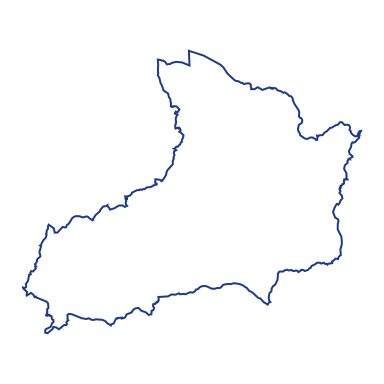 Vrancioaia, Vrancea, Romania (orthographic projection)
{"feature_id": "2599482B95267068995813", "entity_name": "Vrancioaia", "entity_type": "district", "adm_level": 2, "iso_a3": "ROU", "parent_name": "Romania", "parent_adm1": "Vrancea", "projection": "orthographic", "projection_center": [26.711, 45.867], "detail": "fine", "context": "isolated", "style": "outline", "palette": "blue", "viewbox_px": 384, "rotation_deg": 0, "n_neighbors": 0, "source": "geoboundaries", "source_scale": "gbopen_adm2", "svg_char_len": 5943}
<svg xmlns="http://www.w3.org/2000/svg" viewBox="0 0 384 384"><path d="M267.7,304.6L269.0,302.4L270.3,302.0L269.2,300.4L268.8,299.0L268.9,295.8L269.6,292.9L271.5,291.2L271.6,288.6L273.3,285.8L274.6,285.3L275.5,284.0L277.5,279.9L278.0,273.6L279.3,271.6L283.1,271.5L284.8,270.3L287.1,269.7L288.5,270.4L291.6,270.0L292.1,270.6L294.1,271.1L296.0,270.5L297.6,270.9L298.4,272.1L300.5,270.8L301.3,269.8L303.4,270.0L304.8,271.0L307.9,270.0L309.6,268.1L310.8,267.7L311.5,266.0L315.1,264.3L317.1,262.7L320.1,262.8L321.3,263.6L323.8,262.7L325.0,263.9L326.5,263.8L327.4,264.7L328.2,263.7L332.2,263.2L332.4,262.7L331.9,261.9L332.3,261.2L334.1,260.2L335.4,258.6L338.1,259.0L338.2,257.9L339.2,256.3L340.8,255.1L340.4,249.2L341.6,245.2L341.9,242.1L341.4,236.8L337.7,229.3L337.8,223.8L338.5,221.4L338.1,219.3L335.2,217.6L333.0,212.1L334.5,207.9L336.6,204.1L337.6,203.9L338.4,204.6L339.9,202.5L340.2,201.0L342.5,198.3L342.0,196.9L342.0,195.9L339.5,192.9L340.5,191.2L339.4,189.1L340.4,188.4L339.9,187.3L341.0,186.9L340.7,185.7L342.0,185.3L342.4,184.1L343.4,184.1L344.0,183.4L343.9,180.7L344.4,180.5L344.3,179.4L347.3,179.4L346.2,178.1L346.7,176.0L346.3,174.9L346.5,173.3L344.1,169.0L344.8,165.4L347.6,162.8L347.4,161.2L348.6,159.3L349.3,159.3L348.8,158.9L352.6,156.9L352.5,156.2L349.5,153.7L349.0,150.9L351.0,147.1L351.5,143.8L352.5,142.3L353.6,142.7L355.4,141.8L359.2,137.6L359.0,137.0L359.6,135.3L359.2,134.4L361.0,130.9L359.9,131.0L358.8,132.1L357.2,136.2L355.5,136.4L352.9,134.9L350.9,132.7L350.8,131.2L349.5,130.0L350.1,127.4L349.1,125.2L347.5,124.7L344.5,125.0L341.9,122.2L339.9,122.2L338.2,124.5L335.6,125.3L331.7,127.7L330.0,127.9L327.1,131.0L324.3,132.8L322.6,135.1L319.3,135.3L318.5,136.1L317.1,135.7L317.5,137.4L317.0,140.0L316.3,140.1L314.7,138.6L312.5,137.5L310.6,137.4L307.1,139.0L304.8,138.5L300.2,135.3L299.6,133.0L298.2,130.7L298.0,129.0L298.9,124.8L301.7,123.0L302.3,121.1L302.1,119.7L301.3,118.2L299.9,117.8L299.0,116.5L299.2,112.1L298.7,110.4L294.3,103.6L293.0,100.6L292.6,98.1L291.2,96.4L289.0,95.8L287.7,94.2L284.7,92.3L283.3,92.8L280.6,91.1L277.7,90.4L275.8,88.4L274.6,88.0L273.5,88.5L272.7,88.0L272.1,88.7L271.4,87.9L270.7,88.3L269.6,87.4L262.4,89.9L257.7,87.2L254.6,89.2L251.1,89.1L251.4,87.9L250.7,86.5L250.8,84.7L250.1,83.9L248.4,83.2L243.8,84.0L242.2,82.7L241.1,82.9L238.1,81.1L236.3,81.1L234.6,80.2L227.5,73.6L223.5,67.6L220.4,64.7L203.7,55.6L188.9,50.8L189.5,65.5L181.9,62.4L175.8,61.9L172.3,62.8L170.0,64.0L166.8,64.3L165.6,62.3L163.2,60.6L161.7,60.7L160.4,59.9L157.8,59.6L158.2,64.7L157.9,70.1L158.2,73.8L157.8,75.2L159.4,78.0L160.6,83.2L161.9,85.4L163.6,90.5L168.0,93.4L169.0,97.2L170.4,99.4L170.5,101.7L171.0,103.0L170.8,106.3L172.0,107.0L172.7,106.4L173.3,106.9L174.1,106.1L176.7,106.5L179.4,109.5L177.5,112.4L175.7,111.6L174.8,113.5L177.5,114.8L176.2,116.8L175.8,118.8L175.7,120.2L176.3,121.9L175.7,123.2L175.9,123.9L175.2,125.1L175.3,128.1L175.6,128.6L177.5,127.8L178.5,128.5L179.0,127.7L179.8,128.3L179.8,128.9L180.6,130.0L179.3,131.8L180.7,132.4L183.5,135.3L183.2,137.1L181.8,140.4L181.9,141.9L180.7,142.6L180.1,144.6L178.9,145.3L177.8,146.8L176.9,146.6L175.7,147.2L175.3,148.6L174.2,148.7L176.2,150.2L174.2,151.2L173.8,153.1L174.5,154.9L173.5,157.4L173.8,158.8L172.7,161.0L172.9,163.3L172.6,164.5L167.5,170.1L166.5,172.3L166.0,175.1L162.4,180.7L161.4,181.2L160.9,180.2L159.9,179.8L155.4,179.2L155.1,182.7L156.7,183.7L156.7,184.5L153.3,185.4L152.8,186.1L150.2,187.1L146.5,187.5L144.7,189.1L142.9,189.1L141.7,189.9L140.2,189.4L139.4,190.1L137.2,190.1L131.9,192.7L131.5,194.2L129.8,195.6L127.0,196.5L125.2,196.4L125.6,197.8L127.1,197.7L127.0,199.0L125.6,199.0L126.3,201.0L125.7,202.2L125.9,204.4L127.1,205.9L124.7,206.9L122.5,205.4L118.8,205.6L114.3,208.3L110.0,209.6L109.1,207.8L107.5,206.2L107.5,205.1L105.9,206.1L103.2,206.5L100.3,209.9L100.0,211.2L95.7,215.0L93.0,219.0L93.2,220.0L92.7,220.4L89.5,218.4L88.7,217.3L86.7,216.4L82.8,217.4L79.3,216.2L75.3,216.2L72.4,217.9L68.9,223.6L66.8,225.2L66.2,227.2L65.3,227.5L62.7,226.9L57.4,232.6L54.7,232.6L53.9,228.4L48.7,224.7L47.9,226.6L48.0,228.8L46.7,230.7L46.6,232.7L46.0,233.8L46.6,234.6L45.9,237.5L43.4,240.2L41.7,243.1L41.1,245.1L40.1,245.5L41.0,246.5L39.5,251.9L39.5,253.0L40.2,254.6L40.3,256.5L37.4,259.0L36.9,260.2L36.9,261.7L35.0,264.2L35.6,264.9L35.2,266.2L36.0,266.6L35.4,267.3L35.8,268.5L33.0,271.5L31.4,271.1L31.0,271.4L30.2,273.1L30.8,274.3L28.9,275.1L28.9,276.9L28.3,278.4L28.4,279.5L27.8,281.3L25.8,284.1L26.2,285.4L26.0,287.1L24.9,287.9L23.0,287.5L23.3,288.5L27.0,291.9L26.6,295.2L26.8,295.6L31.0,292.9L33.4,294.8L34.6,297.1L35.9,296.6L36.2,297.4L46.4,301.6L47.6,302.6L48.1,303.8L48.4,307.7L48.2,308.4L47.3,308.9L47.0,310.9L47.4,312.0L46.1,315.4L47.2,315.8L48.3,314.7L49.4,314.8L49.5,315.8L51.5,316.1L51.9,318.6L52.2,319.5L53.4,320.0L53.6,321.8L52.1,323.2L50.7,326.8L45.7,329.3L45.3,330.1L45.2,332.6L47.5,333.2L52.7,328.9L53.3,327.0L56.2,327.4L58.9,329.3L64.1,325.0L66.3,325.1L67.0,323.9L66.4,322.8L66.6,321.6L68.3,320.4L67.3,318.4L67.6,317.5L67.4,314.9L68.8,313.9L72.0,314.3L81.6,318.2L86.4,319.0L88.8,318.3L91.9,319.9L94.2,319.9L95.8,319.3L102.3,319.8L105.2,321.1L107.5,323.4L110.9,325.4L111.1,324.5L113.7,323.4L116.0,318.7L117.5,318.5L117.5,318.0L122.0,317.6L121.9,318.5L124.5,317.8L125.2,317.4L126.5,314.5L131.7,312.4L132.2,311.1L134.3,309.0L135.6,308.3L138.6,308.0L141.1,310.6L145.9,312.4L148.7,314.9L151.4,314.3L151.6,310.8L153.4,310.1L154.0,308.4L154.0,307.5L152.9,306.0L153.2,304.2L155.3,303.9L155.5,302.9L156.9,302.6L156.9,301.8L158.2,301.6L158.2,300.5L158.8,300.1L158.4,297.0L167.9,296.4L171.7,294.4L175.5,294.7L179.0,293.3L179.9,294.3L183.8,293.9L185.6,294.3L189.8,292.3L192.8,292.6L195.1,291.1L196.1,289.5L197.9,289.2L199.3,287.6L201.2,286.5L203.6,286.0L206.3,286.2L211.6,288.6L214.9,288.8L217.3,287.9L218.5,288.2L220.7,287.6L223.2,284.9L224.4,284.5L228.4,283.9L230.0,284.2L234.1,283.2L238.5,283.8L242.1,284.9L247.0,288.1L248.9,290.6L252.7,292.7L258.3,298.0L260.3,298.4L263.7,302.1L267.7,304.6Z" fill="none" stroke="#1e3a8a" stroke-width="2"/></svg>